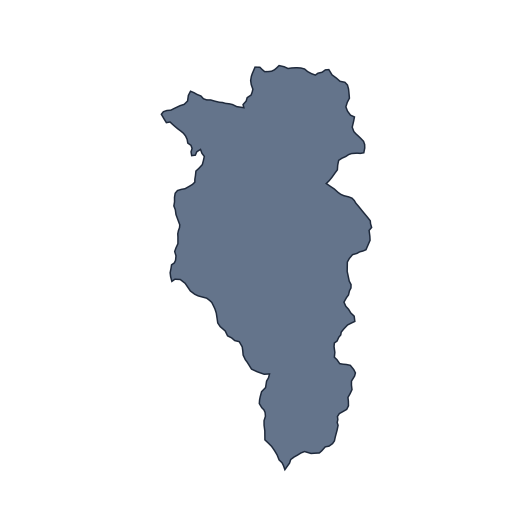 Taquaritinga, São Paulo, Brazil (Mercator projection), rotated 105°
{"feature_id": "56859067B88772745277666", "entity_name": "Taquaritinga", "entity_type": "district", "adm_level": 2, "iso_a3": "BRA", "parent_name": "Brazil", "parent_adm1": "São Paulo", "projection": "mercator", "projection_center": [-48.54, -21.441], "detail": "fine", "context": "isolated", "style": "filled", "palette": "slate", "viewbox_px": 512, "rotation_deg": 105, "n_neighbors": 0, "source": "geoboundaries", "source_scale": "gbopen_adm2", "svg_char_len": 3633}
<svg xmlns="http://www.w3.org/2000/svg" viewBox="0 0 512 512"><g transform="rotate(105 256 256)"><path d="M96.2,196.9L95.5,201.2L92.4,205.1L88.7,207.8L83.9,207.6L79.4,206.6L74.2,208.5L70.8,209.8L67.2,211.9L65.2,215.1L65.5,220.1L63.3,224.5L61.4,229.4L57.1,233.9L58.3,237.2L61.4,239.7L63.4,243.5L65.9,245.5L65.5,249.7L64.5,253.9L62.8,257.5L62.8,261.3L63.6,265.4L65.1,270.1L66.6,273.6L65.9,277.8L66.1,283.0L69.1,284.8L71.4,286.4L73.5,288.8L74.7,291.9L75.7,295.3L74.2,298.5L72.7,301.1L73.8,305.8L80.8,306.8L83.6,307.0L87.8,306.6L91.6,305.0L95.7,302.2L98.6,302.1L101.8,302.4L105.3,305.5L108.9,305.6L113.1,307.7L115.9,306.1L116.7,313.3L115.8,317.8L115.9,321.1L116.5,325.1L116.4,328.1L117.0,331.2L117.1,336.2L117.0,340.1L118.0,344.1L117.7,347.5L115.7,350.6L115.2,354.8L114.3,358.2L113.8,361.9L118.4,362.9L124.0,362.2L128.1,364.6L130.4,368.2L135.0,373.6L137.2,376.0L138.5,379.7L140.6,382.8L143.6,384.1L147.3,380.4L150.4,377.1L148.8,373.7L150.2,371.1L151.7,368.1L153.4,364.5L154.6,361.4L156.2,357.9L158.3,355.1L161.2,352.7L164.6,351.1L165.9,347.5L168.6,345.6L172.2,345.7L175.7,344.1L174.3,340.7L170.7,340.2L167.4,337.2L170.8,334.8L173.2,331.7L177.6,331.5L181.6,331.5L186.2,333.9L189.5,336.0L194.0,335.3L197.8,334.9L200.5,334.2L203.3,335.9L206.1,338.6L209.4,342.0L211.0,345.4L213.1,348.8L216.3,350.3L220.4,349.9L224.8,348.7L228.9,348.3L232.2,345.9L236.7,344.0L241.8,340.4L245.6,337.7L248.5,337.2L251.5,337.5L254.8,337.3L257.9,336.3L264.3,334.6L268.9,335.4L272.7,335.7L276.6,333.3L281.0,332.6L283.8,333.1L286.4,335.3L289.7,334.9L294.4,334.6L298.1,333.1L302.3,330.7L299.4,328.3L298.3,323.1L300.7,317.4L306.8,310.3L308.8,305.3L309.5,301.5L309.5,296.7L309.5,292.7L310.9,289.3L312.3,286.7L315.0,284.3L317.7,282.0L321.4,279.6L326.2,277.5L330.6,275.6L333.5,272.3L336.4,266.3L340.5,262.8L341.4,258.4L343.2,254.7L343.1,250.0L347.3,245.8L351.1,244.2L355.0,242.8L358.9,239.5L360.7,237.2L363.0,234.7L366.4,231.1L367.5,225.0L368.1,217.5L366.4,212.4L370.5,212.4L374.1,213.4L380.6,212.7L385.6,215.5L390.8,215.5L394.1,215.3L397.7,214.6L401.0,211.2L402.6,208.5L404.8,206.7L408.4,205.4L413.0,205.6L417.4,204.4L422.7,202.2L431.3,199.8L433.5,195.7L435.8,191.7L439.4,187.5L442.7,184.1L447.0,180.9L449.0,177.3L451.4,175.2L454.9,172.8L451.6,171.6L447.4,170.0L443.6,169.8L440.3,167.2L437.6,164.4L434.6,161.6L432.3,158.5L432.5,151.7L430.9,147.1L429.9,143.9L427.2,142.1L422.4,139.7L420.8,136.3L417.4,133.5L414.3,132.4L410.2,132.6L403.1,132.6L398.3,132.9L395.8,134.5L392.9,134.6L389.9,135.8L386.6,134.7L384.2,132.2L380.7,128.7L376.8,127.9L372.3,129.2L368.8,130.6L364.7,129.5L360.2,128.7L356.0,130.4L352.1,131.4L346.5,129.7L343.2,129.7L340.4,132.2L337.2,136.6L337.4,140.6L338.0,144.0L338.3,147.3L335.1,151.1L333.5,154.1L328.7,154.9L323.2,157.2L319.7,157.8L317.2,155.7L313.0,155.0L310.3,153.7L307.5,154.0L303.7,152.3L298.9,149.7L295.7,146.1L293.6,143.6L288.7,145.6L286.5,149.7L283.5,152.8L281.4,156.2L277.8,159.1L272.7,157.8L269.7,156.6L265.3,156.7L262.3,156.0L259.0,156.8L256.2,159.4L250.3,162.4L247.4,163.9L238.2,166.2L234.2,165.2L229.7,163.1L227.3,159.1L225.2,157.0L223.5,154.0L221.5,151.4L216.1,150.6L211.3,149.9L207.3,151.2L202.0,153.4L198.5,151.7L195.2,153.7L192.5,154.7L190.4,157.4L184.5,165.7L181.4,169.9L179.1,173.3L177.0,175.4L175.3,178.2L174.9,181.7L175.0,186.7L174.5,190.1L173.3,193.3L171.0,197.7L169.5,202.2L167.8,206.9L164.5,204.9L160.3,203.0L155.2,201.1L151.7,199.7L147.1,200.6L142.2,200.9L139.3,198.3L136.7,195.1L134.0,192.7L132.3,190.2L130.5,185.0L129.9,181.8L128.4,178.6L123.6,178.9L120.2,179.9L117.4,181.8L115.2,185.4L113.6,188.3L112.1,191.2L110.5,193.7L106.7,196.4L100.3,196.6L96.2,196.9Z" fill="#64748b" stroke="#1e293b" stroke-width="1.5"/></g></svg>